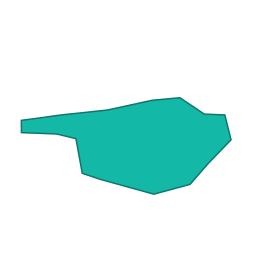 Lapu-Lapu, Robinson projection, rotated 221°
{"feature_id": "PHL-5524", "entity_name": "Lapu-Lapu", "entity_type": "Highly Urbanized City", "adm_level": 1, "iso_a3": "PHL", "parent_name": "Philippines", "parent_adm1": "", "projection": "robinson", "projection_center": [123.984, 10.288], "detail": "fine", "context": "isolated", "style": "filled", "palette": "teal", "viewbox_px": 256, "rotation_deg": 221, "n_neighbors": 0, "source": "natural_earth", "source_scale": "10m", "svg_char_len": 360}
<svg xmlns="http://www.w3.org/2000/svg" viewBox="0 0 256 256"><g transform="rotate(221 128 128)"><path d="M132.8,63.8L160.3,85.8L178.0,76.6L205.4,54.6L213.5,63.8L186.1,95.0L155.4,128.0L128.0,164.7L108.7,184.9L79.6,188.5L63.5,201.4L42.5,186.7L44.2,153.7L44.2,126.2L65.1,95.0L115.1,71.1L132.8,63.8Z" fill="#14b8a6" stroke="#0f766e" stroke-width="1.5"/></g></svg>